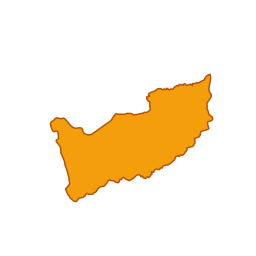 SVG path tracing the border of Caquetá, rotated 305°
{"feature_id": "COL-1403", "entity_name": "Caquetá", "entity_type": "Intendancy", "adm_level": 1, "iso_a3": "COL", "parent_name": "Colombia", "parent_adm1": "", "projection": "orthographic", "projection_center": [-73.824, 1.133], "detail": "fine", "context": "isolated", "style": "filled", "palette": "amber", "viewbox_px": 256, "rotation_deg": 305, "n_neighbors": 0, "source": "natural_earth", "source_scale": "10m", "svg_char_len": 5495}
<svg xmlns="http://www.w3.org/2000/svg" viewBox="0 0 256 256"><g transform="rotate(305 128 128)"><path d="M78.8,77.1L80.0,76.7L83.1,74.3L84.4,72.9L84.7,72.3L84.4,71.2L83.6,70.3L82.7,69.8L82.4,68.9L82.6,68.2L83.0,67.0L83.8,65.7L85.4,63.7L86.8,62.4L87.3,61.8L87.6,61.7L88.3,61.5L91.9,62.7L93.6,62.9L94.4,63.1L95.0,63.5L95.5,63.9L95.8,64.5L96.8,67.2L97.4,68.0L98.1,68.7L98.8,69.2L99.2,69.9L99.3,71.2L97.2,79.3L97.0,81.1L96.9,82.3L97.1,83.6L97.4,84.6L98.0,85.6L100.2,88.0L100.8,88.9L101.2,89.6L101.2,90.4L101.0,91.1L100.4,91.8L99.6,92.7L98.9,93.6L98.5,94.7L98.5,96.0L98.8,97.7L99.6,99.4L100.9,101.0L102.4,102.0L124.0,109.7L125.1,109.8L126.4,109.8L129.9,109.5L132.9,110.0L133.2,111.0L133.3,111.5L137.0,116.9L137.6,117.5L139.4,118.9L139.9,119.5L140.5,120.6L141.0,121.2L141.4,121.8L141.8,123.0L141.9,123.5L141.9,124.3L142.0,125.2L143.9,127.3L147.6,130.6L148.6,131.8L149.9,132.2L150.3,132.5L150.6,133.0L150.8,133.5L151.2,134.0L151.8,134.5L152.7,135.0L154.6,135.6L155.3,135.6L155.8,135.5L156.4,135.3L156.9,135.0L157.2,134.8L157.7,133.9L158.6,133.3L159.3,132.5L159.9,132.0L161.0,131.5L161.5,131.2L161.7,130.7L161.9,130.2L161.9,129.8L161.7,129.1L161.8,128.7L162.1,128.1L162.2,127.4L162.3,127.1L162.8,126.5L163.1,126.3L163.4,126.3L163.7,126.2L163.9,126.0L164.0,125.7L164.3,125.6L164.7,125.8L165.3,126.1L165.8,126.8L166.4,127.3L167.1,126.0L167.2,125.6L168.0,125.5L168.5,125.4L169.6,125.9L170.2,126.2L171.3,127.1L174.3,129.1L175.1,129.3L176.4,129.5L176.8,129.7L178.5,131.3L178.9,131.9L179.1,132.6L179.1,133.7L179.2,134.3L179.4,134.8L179.9,135.1L180.4,135.1L180.9,135.3L181.2,136.0L181.3,137.1L181.5,137.4L181.9,137.5L182.2,137.4L182.5,137.1L182.8,137.1L183.0,137.9L183.0,138.4L182.8,139.1L182.8,139.7L183.1,140.1L184.2,140.4L184.5,140.7L185.2,142.2L185.5,142.5L187.9,142.7L188.6,142.8L190.3,143.5L190.6,143.7L190.8,144.0L190.9,144.4L191.0,144.7L191.3,145.0L192.9,145.1L193.5,145.5L193.9,146.3L194.1,147.7L194.4,148.3L194.9,148.8L195.2,148.7L195.3,148.4L195.6,148.2L196.2,148.6L196.6,149.1L196.9,149.7L196.8,150.3L196.5,150.8L196.5,151.6L197.7,152.6L199.1,153.5L199.9,154.2L199.9,154.7L199.7,155.3L199.6,156.0L199.8,156.4L200.3,156.4L201.4,155.6L202.0,155.8L202.4,156.4L202.6,157.1L203.1,157.6L203.9,157.9L204.3,158.2L205.1,159.5L205.6,160.0L209.2,161.7L211.1,162.9L211.5,162.9L211.9,162.7L212.5,162.5L212.8,162.5L213.5,162.7L213.8,162.8L214.2,162.7L215.3,162.4L215.7,162.5L216.6,163.0L217.8,163.5L219.0,164.5L216.5,166.9L214.6,168.0L207.9,171.0L205.5,172.6L204.1,174.2L203.7,175.8L203.2,176.9L202.4,177.6L201.3,178.1L199.8,178.4L194.9,178.4L193.7,178.5L192.8,178.9L191.4,180.3L189.5,181.4L189.0,181.9L187.8,183.8L187.1,184.7L186.3,185.6L185.7,186.5L185.4,187.7L185.4,188.9L185.5,190.0L185.3,190.9L184.9,191.4L183.9,192.2L182.3,192.4L181.0,191.6L179.9,190.5L178.8,189.8L177.8,190.2L176.7,191.2L174.9,193.2L174.5,194.0L174.1,194.4L173.5,194.5L172.6,194.1L171.7,193.5L167.8,190.3L166.8,189.9L165.7,190.1L164.4,191.0L161.8,191.4L157.7,188.7L155.5,190.3L154.6,191.2L153.8,191.4L152.8,191.4L151.6,191.7L150.1,191.6L148.7,190.5L147.3,189.1L146.1,188.2L145.5,188.0L145.2,188.1L144.8,188.4L144.2,188.7L143.4,188.9L141.7,188.8L140.1,188.9L137.3,188.5L136.9,188.2L136.6,187.7L136.2,186.7L135.8,186.3L135.4,186.3L135.0,186.4L134.6,186.4L134.3,186.3L134.2,186.2L134.0,185.8L134.1,185.1L134.1,184.9L133.9,184.7L133.6,184.6L133.4,184.6L133.2,184.5L132.2,183.8L131.5,183.6L131.0,183.6L129.9,184.1L129.4,184.3L128.8,184.3L126.0,183.8L125.9,183.8L123.2,183.0L121.4,182.2L120.6,181.7L119.4,180.3L117.5,178.8L116.8,178.5L116.1,178.6L115.5,178.9L114.9,178.9L114.6,178.7L114.5,177.9L114.3,177.7L114.0,177.5L113.7,177.5L113.2,177.5L112.8,177.6L112.5,177.7L112.2,177.8L111.8,177.5L111.6,177.2L111.4,176.9L111.0,175.8L111.0,175.5L111.0,175.3L110.7,174.9L110.4,174.6L109.0,173.9L108.3,173.8L107.0,174.3L106.4,174.3L106.1,173.9L106.1,173.3L105.9,172.7L105.3,172.5L104.7,172.7L104.4,173.8L103.8,174.0L103.2,173.9L102.9,173.7L102.6,173.6L101.9,173.7L101.3,173.8L100.6,173.7L99.9,173.5L99.3,173.2L99.1,172.9L98.9,172.0L98.7,171.8L98.4,171.6L98.1,171.6L97.9,171.6L97.3,171.5L97.0,171.5L96.7,171.4L96.6,170.9L96.5,170.3L96.4,170.0L96.0,169.2L96.1,168.9L96.3,168.7L96.8,167.8L96.9,167.5L96.8,167.3L96.1,167.0L95.6,166.7L95.7,166.3L96.0,165.9L96.3,165.4L96.0,163.9L95.2,162.8L93.9,162.1L89.7,161.3L87.4,160.0L85.8,159.5L85.5,159.1L85.4,157.9L84.9,156.2L84.8,155.7L85.0,153.3L84.6,152.3L83.2,152.0L82.5,152.2L82.1,152.2L81.8,152.1L81.7,151.9L81.6,151.3L81.5,151.1L81.0,150.9L80.6,150.9L79.7,151.3L78.4,151.6L77.6,151.3L77.1,150.5L76.6,149.2L76.5,148.6L76.7,147.4L76.7,146.8L76.4,146.2L75.6,145.2L75.3,144.6L75.2,144.2L75.3,143.5L75.2,143.1L74.8,142.8L74.4,142.5L73.5,142.1L72.8,142.0L70.8,142.2L67.7,142.0L66.2,141.5L64.0,139.1L62.5,138.4L60.9,138.2L58.4,138.4L57.7,138.4L57.0,138.2L56.4,137.8L55.7,137.4L54.2,137.3L53.5,136.9L51.6,134.5L51.1,133.7L51.0,133.1L51.0,132.6L50.9,132.1L50.4,131.7L49.7,131.6L48.3,131.7L47.7,131.7L46.7,131.3L46.2,131.1L45.7,131.2L42.1,128.0L41.7,127.9L40.3,128.1L38.6,127.8L37.9,127.5L37.5,126.9L37.1,126.1L37.0,125.7L37.5,120.9L37.6,120.4L38.3,119.5L38.6,118.9L38.8,117.6L39.6,115.8L41.3,113.3L41.9,112.3L42.6,111.8L44.9,112.2L46.8,112.2L47.7,112.3L48.6,112.2L49.4,111.9L50.0,111.2L50.6,110.5L51.3,109.8L53.2,108.4L53.7,107.9L54.2,107.1L54.9,106.2L57.3,103.6L59.1,101.2L61.6,97.6L64.3,95.1L67.1,90.6L68.3,88.7L69.1,87.2L69.9,86.6L71.6,85.4L71.9,85.2L73.3,83.7L73.8,82.9L74.3,81.8L75.5,77.7L76.0,76.8L76.5,76.4L76.9,76.3L77.3,76.4L78.4,77.0L78.8,77.1Z" fill="#f59e0b" stroke="#b45309" stroke-width="1.5"/></g></svg>